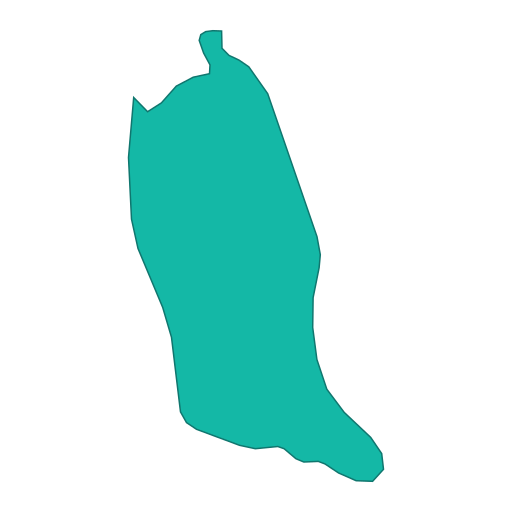 the border of Temburong
{"feature_id": "BRN-1183", "entity_name": "Temburong", "entity_type": "District", "adm_level": 1, "iso_a3": "BRN", "parent_name": "Brunei", "parent_adm1": "", "projection": "orthographic", "projection_center": [115.184, 4.611], "detail": "fine", "context": "isolated", "style": "filled", "palette": "teal", "viewbox_px": 512, "rotation_deg": 0, "n_neighbors": 0, "source": "natural_earth", "source_scale": "10m", "svg_char_len": 714}
<svg xmlns="http://www.w3.org/2000/svg" viewBox="0 0 512 512"><path d="M221.6,31.0L222.0,48.3L229.0,55.4L239.0,60.1L248.8,66.8L267.7,93.7L317.0,236.7L320.3,254.7L319.1,267.8L313.1,297.7L312.7,327.5L316.9,359.5L326.8,389.2L344.2,412.4L370.7,437.4L381.7,453.6L383.5,469.3L372.6,481.3L356.1,480.7L338.6,473.0L324.9,463.9L318.3,461.4L303.8,462.0L295.9,458.7L284.1,448.7L277.8,446.5L255.3,448.7L239.5,445.3L196.5,429.3L186.5,422.6L180.5,411.9L171.5,337.3L162.7,307.4L138.0,248.5L131.5,219.1L128.5,157.5L133.7,97.5L147.6,111.7L161.4,102.9L176.3,86.1L193.2,77.2L209.5,73.7L210.0,64.9L203.6,53.0L199.2,40.4L200.8,34.6L205.7,31.6L212.8,30.7L221.3,31.0L221.6,31.0Z" fill="#14b8a6" stroke="#0f766e" stroke-width="1.5"/></svg>